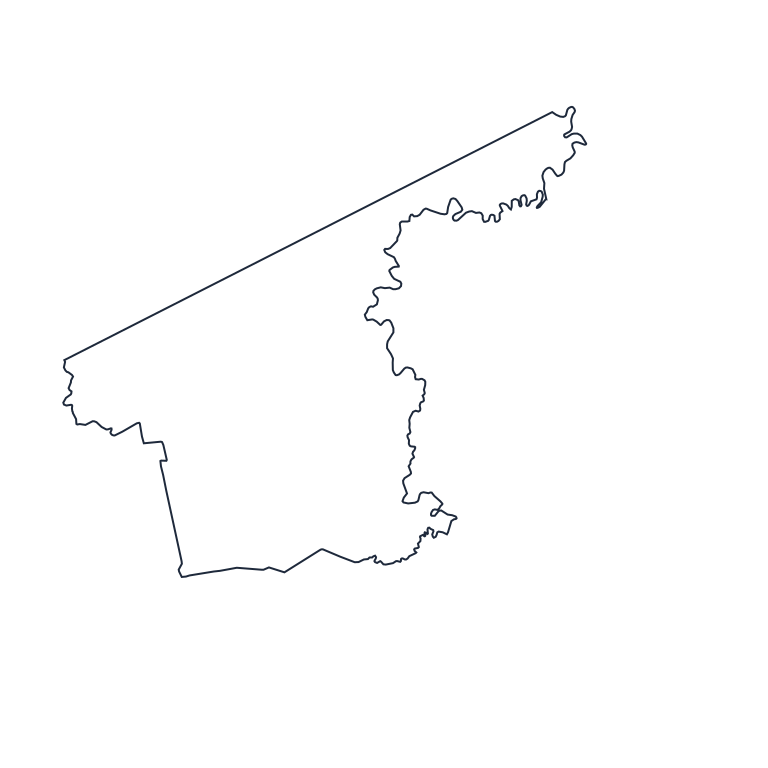 outline of Ixcán, Quiché, Guatemala, rotated 333°
{"feature_id": "79465075B29604867633206", "entity_name": "Ixcán", "entity_type": "district", "adm_level": 2, "iso_a3": "GTM", "parent_name": "Guatemala", "parent_adm1": "Quiché", "projection": "mercator", "projection_center": [-90.715, 15.881], "detail": "fine", "context": "isolated", "style": "outline", "palette": "slate", "viewbox_px": 768, "rotation_deg": 333, "n_neighbors": 0, "source": "geoboundaries", "source_scale": "gbopen_adm2", "svg_char_len": 6150}
<svg xmlns="http://www.w3.org/2000/svg" viewBox="0 0 768 768"><g transform="rotate(333 384 384)"><path d="M122.3,452.4L116.8,456.2L116.3,458.1L116.2,464.1L120.2,465.7L123.8,466.3L147.2,473.8L153.0,476.0L169.4,480.9L190.6,493.9L192.4,494.8L198.2,495.2L209.8,506.6L252.3,502.8L253.4,503.0L254.5,503.6L266.6,518.0L277.0,529.5L280.5,531.1L286.4,531.2L290.2,532.7L292.3,532.0L294.7,533.2L296.3,532.7L298.1,532.9L298.3,534.7L297.4,535.8L295.4,537.1L295.0,537.7L295.2,538.7L296.6,540.3L300.2,540.1L300.7,540.9L301.6,544.4L303.6,545.7L310.7,547.7L314.2,547.3L315.3,547.7L317.7,549.8L318.7,549.4L319.7,547.7L320.5,547.5L321.5,547.9L323.0,549.9L324.1,550.4L325.8,550.2L328.4,548.9L335.4,549.1L336.3,548.8L335.5,546.6L335.8,545.0L336.8,544.6L339.8,545.5L341.0,545.1L341.8,541.6L345.1,540.5L346.4,538.4L346.6,536.6L347.1,536.1L350.1,536.1L350.5,536.4L350.7,537.8L351.1,538.2L351.7,538.1L352.3,537.4L352.3,535.3L353.0,534.7L353.8,535.4L354.5,537.3L355.2,537.2L356.8,533.2L358.1,532.2L359.2,532.6L359.7,534.2L361.5,536.5L361.2,537.7L358.7,539.9L358.2,542.1L358.6,543.6L360.7,543.6L362.4,542.3L364.1,540.4L365.7,540.3L369.0,542.8L371.8,546.5L373.7,545.2L381.8,536.7L384.9,536.3L386.7,536.9L387.6,536.7L387.9,535.7L387.7,534.6L385.1,531.8L381.4,529.2L377.6,522.7L376.0,522.1L374.8,522.1L369.4,524.5L366.6,523.0L366.4,522.1L367.0,520.9L368.3,519.7L370.5,518.5L372.4,518.8L374.3,520.3L374.9,520.4L376.7,519.9L378.7,518.5L381.3,517.7L381.7,517.1L381.0,514.2L378.0,506.7L377.2,502.4L376.0,501.7L374.1,501.5L370.1,498.4L367.8,497.9L366.4,498.3L365.3,499.1L362.0,503.0L360.7,503.9L357.7,503.8L351.3,501.4L347.6,498.4L347.3,496.8L350.1,494.2L354.8,492.0L356.1,481.3L357.1,478.8L359.6,477.2L365.7,476.6L367.4,476.0L368.0,474.6L368.6,468.5L371.5,466.9L372.1,465.4L373.1,464.4L374.5,463.6L377.0,463.2L377.6,462.8L377.7,459.0L379.2,457.5L380.9,456.9L382.6,455.4L383.1,454.4L382.8,453.8L379.7,451.8L378.9,450.7L379.0,448.5L380.8,445.4L380.9,442.1L381.4,440.6L382.5,439.8L384.4,439.8L385.7,438.8L386.7,434.5L388.8,431.1L390.1,427.6L392.1,425.6L397.2,422.0L400.1,422.2L402.2,424.2L404.1,424.0L405.1,422.6L406.0,419.4L407.5,417.7L408.6,417.1L411.0,417.3L412.0,416.9L413.0,414.4L413.1,411.9L415.2,411.4L416.2,410.6L416.9,407.3L420.2,403.7L421.8,400.8L421.8,399.1L420.3,396.8L419.3,396.2L417.0,395.8L414.4,394.1L414.8,391.9L416.1,390.1L416.2,383.9L415.0,382.2L412.4,379.9L410.9,379.3L409.1,379.5L403.6,381.8L401.7,382.3L399.4,382.0L398.4,381.3L398.0,378.2L398.2,375.6L401.5,368.8L403.6,365.3L403.8,360.6L403.0,353.5L404.8,350.0L406.7,347.7L415.8,342.3L417.7,338.6L418.3,332.6L417.8,329.8L416.7,328.9L415.4,328.2L412.4,328.2L408.4,329.9L407.5,329.7L405.8,325.1L403.7,321.8L402.8,321.1L398.1,319.6L397.9,315.8L398.4,313.5L401.3,312.1L404.3,309.4L405.9,308.8L407.7,308.9L409.3,310.2L413.8,309.8L416.6,306.6L417.1,305.2L417.1,303.9L415.8,299.9L416.0,297.4L416.9,296.2L418.9,295.5L421.0,295.5L425.0,296.4L428.3,299.0L432.8,300.7L435.2,303.7L437.1,304.7L440.7,305.5L443.6,304.5L445.0,302.4L445.0,300.4L440.8,294.9L440.0,291.2L440.0,285.7L440.8,284.9L444.9,284.2L446.8,284.5L450.4,286.1L450.8,285.6L450.3,279.6L450.6,277.4L450.4,275.5L446.2,270.0L444.9,267.2L445.1,264.7L446.3,264.1L448.9,265.5L451.2,265.7L460.4,262.5L461.0,262.1L462.3,259.8L466.2,257.1L468.5,254.7L470.6,248.8L471.7,247.6L473.5,247.3L478.7,249.9L480.6,250.3L482.7,246.9L484.8,245.5L486.1,245.9L486.9,248.3L489.8,249.5L492.6,249.4L498.3,246.7L500.7,246.6L501.6,247.2L504.2,250.4L511.7,258.0L515.0,260.3L516.8,260.8L517.9,260.4L521.5,255.4L527.0,250.1L528.2,249.7L530.0,250.0L531.7,251.6L532.4,254.2L533.4,261.9L532.9,264.3L530.6,265.4L524.8,265.0L522.2,265.7L521.1,266.6L520.5,268.0L520.6,269.6L521.0,270.4L522.8,271.4L524.3,271.5L534.8,268.6L538.2,269.0L540.8,269.9L543.6,273.3L546.9,274.5L548.2,276.0L548.4,278.8L546.8,281.8L546.8,284.9L547.8,285.5L550.9,285.9L551.9,285.4L554.8,282.3L556.0,281.9L556.9,282.1L558.1,283.0L558.8,284.2L556.9,289.1L557.1,290.0L558.3,290.7L560.0,290.7L562.0,289.8L564.2,284.9L565.4,284.1L568.1,283.7L568.2,277.6L568.5,277.0L569.6,276.5L570.9,276.6L572.2,277.2L574.5,279.7L575.2,281.5L575.5,284.3L576.3,286.1L578.2,284.2L581.0,278.8L583.5,278.4L585.1,278.9L586.9,281.1L586.9,282.6L585.7,286.3L586.0,287.6L586.7,287.8L587.9,286.9L589.1,282.1L590.0,280.4L591.9,279.1L593.2,279.0L594.7,279.4L595.3,280.2L595.3,283.4L594.4,285.6L592.2,288.5L592.1,289.8L592.5,290.4L593.2,290.5L594.5,290.2L597.8,287.9L603.7,288.7L604.9,287.5L606.4,284.3L608.5,282.5L610.0,282.3L611.2,283.2L611.8,284.2L611.5,287.3L610.3,289.3L606.5,293.4L601.6,295.1L600.3,296.0L600.2,296.5L600.8,296.8L603.2,296.8L612.1,292.8L612.5,293.1L615.2,282.7L618.1,277.8L618.8,272.9L619.7,270.3L622.4,267.6L625.3,266.3L627.1,266.0L628.5,266.0L630.0,266.6L631.5,269.5L632.1,274.4L632.7,277.0L633.1,277.6L634.2,277.9L637.2,278.0L639.8,277.0L641.3,275.7L644.5,270.2L646.0,268.4L647.9,267.9L652.5,267.6L656.4,266.1L658.9,264.6L659.4,263.5L659.6,258.7L660.1,256.8L661.1,255.5L663.2,255.3L665.2,255.8L666.9,257.0L671.3,261.8L672.3,262.2L673.0,262.0L673.3,261.5L672.7,253.5L672.0,251.4L670.0,248.7L666.9,247.1L664.7,246.6L658.7,247.2L657.4,246.4L657.1,244.9L657.5,243.9L658.1,243.5L663.9,243.4L665.9,242.8L667.0,241.9L668.3,240.3L669.9,235.2L671.2,233.0L674.2,229.9L677.2,228.3L678.2,227.3L678.5,225.5L678.1,223.4L677.4,222.5L676.5,222.1L674.4,222.0L673.1,222.3L671.8,223.0L668.0,227.2L666.9,227.6L665.0,227.4L662.4,225.7L659.6,222.3L657.3,218.1L110.0,217.6L109.9,219.5L106.3,223.9L106.3,227.2L106.9,229.2L108.1,230.3L110.1,234.3L110.3,236.2L106.8,238.7L105.7,240.5L101.1,244.5L101.1,246.7L102.2,248.7L101.1,250.4L100.2,251.1L94.3,252.0L89.8,255.0L89.5,257.0L91.2,259.0L95.6,260.4L96.3,260.9L96.3,261.9L94.8,264.2L93.9,266.9L94.0,267.8L93.6,268.5L93.7,275.5L91.8,279.9L92.3,280.8L94.8,281.6L99.4,284.9L107.5,284.9L108.9,285.7L110.5,287.5L112.9,294.1L115.9,298.4L117.4,299.1L120.5,299.5L121.0,299.9L120.5,301.1L118.3,302.9L118.1,304.1L118.5,305.7L119.5,306.9L120.7,307.6L129.2,307.7L145.9,306.8L148.2,307.4L148.5,308.3L144.5,320.9L143.1,327.8L159.0,334.1L159.9,335.0L159.7,338.2L156.0,353.0L155.2,353.6L150.7,351.1L149.8,351.1L147.9,356.1L145.9,364.8L141.6,380.1L123.2,450.0L122.3,452.4Z" fill="none" stroke="#1e293b" stroke-width="2"/></g></svg>